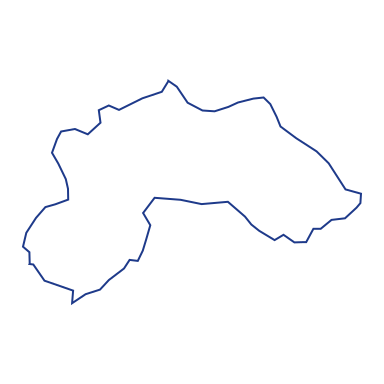 Loukrounou, Paphos, Cyprus
{"feature_id": "46923920B56770257567799", "entity_name": "Loukrounou", "entity_type": "district", "adm_level": 2, "iso_a3": "CYP", "parent_name": "Cyprus", "parent_adm1": "Paphos", "projection": "albers", "projection_center": [32.469, 34.954], "detail": "fine", "context": "isolated", "style": "outline", "palette": "blue", "viewbox_px": 384, "rotation_deg": 0, "n_neighbors": 0, "source": "geoboundaries", "source_scale": "gbopen_adm2", "svg_char_len": 984}
<svg xmlns="http://www.w3.org/2000/svg" viewBox="0 0 384 384"><path d="M29.5,264.0L33.3,264.5L44.5,280.7L73.1,290.6L72.1,303.2L85.6,294.2L100.0,289.6L108.9,280.0L124.0,268.5L129.6,259.9L137.8,260.9L142.8,250.6L146.1,239.7L150.3,225.2L143.1,213.0L154.6,197.8L180.6,199.8L201.6,204.1L227.9,201.8L245.0,216.6L251.3,224.5L259.2,230.8L274.6,240.1L283.5,234.8L294.4,242.4L304.0,242.1L306.2,242.1L313.4,228.8L320.7,228.8L331.5,219.9L345.0,218.3L356.5,207.7L360.4,203.1L361.0,193.7L345.5,189.4L328.7,163.3L316.6,151.4L296.2,138.2L280.5,126.5L276.6,116.8L270.3,104.1L263.6,97.5L253.4,98.6L238.0,102.5L228.4,106.9L214.6,111.3L202.5,110.5L187.6,102.7L176.8,86.7L168.3,80.8L168.2,81.4L161.8,91.8L142.4,98.3L119.0,109.9L108.8,105.5L98.8,110.2L100.5,122.7L87.8,134.3L74.9,129.0L61.1,131.5L57.0,139.0L52.0,152.8L58.3,163.6L65.8,179.1L68.0,188.8L68.2,199.6L55.3,204.3L45.4,207.1L36.0,217.9L26.3,232.8L23.0,246.7L29.4,252.2L29.7,263.6L29.5,264.0Z" fill="none" stroke="#1e3a8a" stroke-width="2"/></svg>